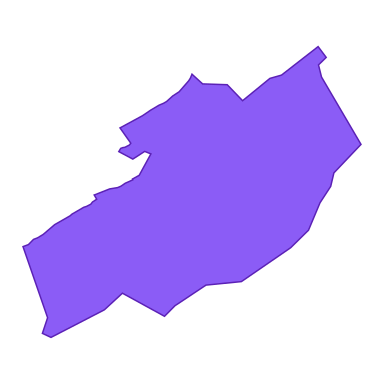 Craig, Virginia, United States of America (orthographic projection)
{"feature_id": "52423323B43550826235883", "entity_name": "Craig", "entity_type": "district", "adm_level": 2, "iso_a3": "USA", "parent_name": "United States of America", "parent_adm1": "Virginia", "projection": "orthographic", "projection_center": [-80.269, 37.488], "detail": "fine", "context": "isolated", "style": "filled", "palette": "violet", "viewbox_px": 384, "rotation_deg": 0, "n_neighbors": 0, "source": "geoboundaries", "source_scale": "gbopen_adm2", "svg_char_len": 905}
<svg xmlns="http://www.w3.org/2000/svg" viewBox="0 0 384 384"><path d="M192.0,74.2L190.4,78.1L188.7,80.8L179.1,91.8L172.8,95.9L166.6,101.5L163.5,103.3L159.0,105.2L150.9,110.0L142.5,115.7L120.0,127.9L130.8,143.2L129.4,145.0L124.9,147.3L122.8,147.6L120.7,148.4L118.8,151.6L132.8,159.1L144.7,151.4L150.9,153.9L139.2,175.3L132.5,179.0L132.8,179.8L129.2,181.5L125.3,183.2L120.9,186.2L117.6,187.6L109.7,188.9L94.2,195.0L96.7,199.2L92.5,202.0L90.8,204.2L86.5,206.4L83.7,207.3L72.0,214.1L70.1,215.8L54.7,224.6L43.1,234.5L37.4,237.9L33.5,239.4L28.4,244.6L23.0,246.6L47.6,317.7L42.4,333.4L51.0,337.4L104.4,309.8L122.4,293.2L164.5,316.3L175.0,305.7L206.0,285.1L241.4,281.6L290.7,247.7L308.5,230.2L320.0,202.8L330.7,186.4L333.9,172.9L361.0,144.4L321.5,77.0L318.5,64.9L326.2,57.4L318.1,46.6L281.5,75.1L269.9,78.4L242.6,100.7L227.2,84.7L202.6,83.9L192.0,74.2Z" fill="#8b5cf6" stroke="#5b21b6" stroke-width="1.5"/></svg>